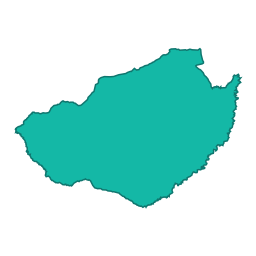 outline of Ulianópolis, Pará, Brazil
{"feature_id": "56859067B65727130507514", "entity_name": "Ulianópolis", "entity_type": "district", "adm_level": 2, "iso_a3": "BRA", "parent_name": "Brazil", "parent_adm1": "Pará", "projection": "albers", "projection_center": [-47.475, -3.802], "detail": "fine", "context": "isolated", "style": "filled", "palette": "teal", "viewbox_px": 256, "rotation_deg": 0, "n_neighbors": 0, "source": "geoboundaries", "source_scale": "gbopen_adm2", "svg_char_len": 5822}
<svg xmlns="http://www.w3.org/2000/svg" viewBox="0 0 256 256"><path d="M169.2,196.6L169.3,195.0L170.0,194.2L172.1,193.1L172.7,192.4L172.0,190.5L172.2,189.3L172.7,188.1L173.9,187.7L174.1,185.3L175.1,184.3L175.3,183.3L177.4,184.1L177.8,185.5L178.4,185.5L178.9,184.5L179.8,184.1L181.0,184.2L181.3,183.4L181.1,182.2L181.7,181.9L182.6,182.5L182.8,180.6L183.9,179.8L184.7,179.9L185.1,179.4L186.2,180.0L186.9,179.8L187.2,179.0L187.0,178.0L188.6,176.9L189.7,176.7L191.9,175.1L192.1,174.0L193.1,172.2L193.9,171.9L194.6,172.4L195.9,172.7L197.1,172.5L197.4,171.4L197.4,169.9L198.6,169.6L200.6,169.8L201.2,169.5L201.5,166.7L202.3,166.5L202.6,167.4L202.2,168.1L202.7,169.0L204.6,168.4L204.7,167.5L203.5,166.8L203.4,166.2L203.6,165.4L204.3,165.0L205.9,165.0L206.5,164.4L206.9,163.3L206.1,162.9L205.8,160.9L206.9,159.5L207.6,160.0L208.6,159.8L209.0,158.8L207.9,157.4L207.7,156.6L208.6,156.2L208.2,155.4L210.5,154.6L211.0,153.8L211.9,153.8L212.6,153.3L213.3,153.3L213.7,151.6L213.4,150.3L213.8,149.4L215.7,150.0L215.8,150.8L216.5,150.4L217.2,149.1L216.9,147.1L216.4,146.6L216.8,145.8L218.0,144.7L219.2,145.0L219.2,145.7L219.8,146.0L220.6,145.2L221.8,145.0L222.9,145.5L223.0,144.6L223.9,143.0L223.8,142.3L224.1,141.5L227.2,140.9L227.8,139.9L228.4,138.1L229.0,137.6L228.2,136.6L228.5,135.8L228.4,134.7L227.5,133.3L228.3,133.0L229.1,133.5L229.6,132.1L230.5,131.4L229.4,130.2L230.2,129.0L230.2,128.4L231.1,128.4L232.3,127.2L232.7,124.8L233.5,123.7L232.5,123.0L232.8,122.4L234.1,121.4L233.6,120.8L234.3,120.5L232.9,119.2L232.3,118.4L233.2,117.7L234.6,115.7L233.9,114.6L234.7,114.2L234.8,113.2L233.3,111.9L233.3,111.2L235.2,109.2L236.0,109.1L235.7,108.0L235.9,107.0L236.5,106.5L235.5,104.8L235.7,102.5L235.0,101.9L235.3,100.6L236.1,99.8L238.1,98.7L238.2,98.0L237.5,98.0L237.0,97.5L236.0,97.9L235.5,97.3L235.1,96.6L236.4,95.4L235.6,94.7L234.4,94.8L234.7,93.8L234.5,93.1L236.2,93.3L237.8,92.0L236.5,90.9L236.9,90.3L236.3,90.0L235.3,90.2L236.4,89.0L236.5,87.9L236.0,87.2L236.6,86.4L237.5,86.1L238.3,84.0L239.6,83.4L239.9,82.5L240.6,82.4L240.1,81.5L238.2,80.6L238.5,79.8L239.4,79.6L240.6,78.0L239.9,78.2L238.7,76.5L238.1,76.6L239.0,75.4L238.3,74.3L236.4,75.5L234.9,75.6L234.3,75.1L233.2,76.5L233.4,77.6L232.6,79.6L231.1,82.0L230.3,82.2L229.1,83.3L228.3,83.3L228.0,84.2L226.6,85.7L225.8,87.5L224.9,87.8L224.0,87.6L222.8,87.9L221.7,87.7L220.7,88.3L220.7,86.8L219.7,87.8L219.0,87.9L218.3,86.6L217.6,86.6L216.9,86.2L216.6,87.2L216.0,87.2L215.3,86.7L213.9,87.1L213.9,87.7L212.6,87.7L212.3,88.5L211.1,86.8L210.8,84.0L208.7,80.9L207.9,79.0L206.2,76.9L204.3,75.3L203.3,72.9L200.9,70.2L199.9,69.5L198.8,69.1L196.2,66.8L195.8,65.8L196.8,65.1L202.1,63.9L203.4,63.1L203.5,62.0L202.6,60.3L201.1,54.4L200.7,49.6L199.9,48.7L197.9,50.1L192.2,49.8L189.9,49.2L186.7,50.3L185.6,49.8L179.6,50.2L178.7,49.3L176.8,49.5L175.7,48.8L171.2,49.0L169.5,49.8L169.4,50.5L169.8,51.1L169.8,51.8L168.8,52.7L168.1,53.8L165.7,54.9L163.8,54.8L162.7,55.2L161.0,56.7L159.7,58.5L156.0,60.2L153.7,62.0L152.3,62.4L151.9,63.0L149.5,63.9L147.9,65.1L145.0,65.7L142.5,67.1L140.2,67.8L139.0,69.6L136.5,70.0L134.4,68.4L131.3,71.5L130.6,71.3L127.4,72.5L125.9,73.5L118.6,74.8L113.7,76.5L109.9,76.8L104.4,76.6L101.1,77.6L99.2,78.8L98.5,80.0L98.4,82.8L97.5,83.7L95.6,84.6L94.0,91.4L93.3,92.1L92.4,92.4L90.7,94.8L88.1,97.4L87.7,99.1L87.1,99.9L81.5,104.9L80.5,105.4L78.3,105.6L76.0,103.9L75.6,103.4L73.7,102.9L73.1,102.2L70.4,102.2L69.6,102.6L67.7,101.6L66.6,101.7L65.9,102.1L64.8,101.6L63.5,101.5L63.1,100.9L62.3,101.2L60.5,102.7L60.2,103.5L59.0,104.4L57.5,104.4L57.1,105.0L54.0,105.5L51.0,108.3L50.3,110.1L49.0,112.3L47.7,112.8L45.4,113.1L43.1,112.8L40.8,113.7L39.7,113.6L38.3,112.9L35.1,113.0L34.1,112.2L32.5,112.3L32.0,112.9L32.1,113.6L31.4,113.6L30.3,114.8L29.0,115.6L28.9,116.6L26.7,118.7L26.5,119.5L25.6,119.7L24.4,120.6L23.6,121.8L23.6,124.2L22.9,124.7L21.5,125.1L20.8,126.0L20.1,126.0L19.5,126.5L18.4,126.6L16.5,127.9L16.3,128.9L15.7,128.7L15.4,129.4L16.1,130.6L15.7,132.3L16.6,131.8L17.2,132.2L16.9,133.0L17.6,133.3L18.1,132.8L20.7,134.2L20.2,134.8L20.9,135.2L21.4,136.6L22.6,137.0L23.5,137.8L23.0,138.3L24.8,140.3L25.3,141.6L25.2,142.3L25.8,142.7L26.0,143.4L25.8,144.0L26.3,144.6L26.1,146.5L27.2,147.3L27.2,150.4L26.6,150.8L26.4,151.5L26.8,152.0L28.1,151.5L28.3,152.2L27.8,152.6L27.9,154.2L28.6,154.6L30.3,154.3L29.9,155.6L30.3,156.1L31.3,158.4L32.6,159.0L32.8,160.3L34.6,161.4L36.7,161.5L37.4,162.9L38.7,163.1L39.1,163.7L38.9,164.5L41.8,165.5L41.8,166.2L42.5,166.5L43.6,168.4L44.3,168.5L44.1,169.2L45.5,169.5L45.4,170.8L46.6,171.5L45.7,173.0L46.0,174.2L45.5,174.6L45.4,175.4L46.2,176.7L48.4,176.1L50.1,177.5L50.5,178.9L51.9,180.5L52.6,180.4L54.6,182.0L55.5,182.3L55.9,182.8L56.7,182.6L58.0,183.0L59.3,182.4L60.4,182.9L62.9,184.7L64.7,184.8L65.1,184.2L65.8,184.2L66.1,184.9L66.9,185.4L67.4,185.0L68.2,185.1L68.8,185.6L69.7,185.8L71.0,185.3L71.4,185.9L72.1,185.5L73.9,183.2L77.6,181.0L79.1,181.6L80.1,180.6L81.7,180.6L83.6,179.6L84.6,179.6L85.3,178.9L86.4,179.6L88.4,180.2L88.9,179.7L90.5,180.8L92.8,185.4L94.7,187.8L98.0,188.8L98.7,188.5L100.1,188.7L100.9,188.6L102.4,189.8L106.2,190.0L107.9,190.9L111.2,191.2L112.7,191.9L113.6,191.7L119.4,193.2L119.6,193.8L122.7,196.2L124.2,196.5L124.6,197.4L125.3,197.5L126.1,198.7L127.2,198.6L128.2,199.0L128.7,199.6L130.0,200.2L130.5,200.7L131.1,200.5L131.7,201.1L132.4,201.3L133.6,203.4L134.7,203.5L135.3,204.1L136.1,204.1L136.8,204.5L137.0,205.2L137.9,205.2L138.5,205.8L140.6,206.3L141.3,206.1L142.9,207.3L144.8,206.1L145.6,206.5L146.0,207.2L146.4,206.4L148.3,204.9L148.9,205.1L151.2,204.7L151.4,203.7L152.3,204.0L153.3,203.9L153.3,203.0L153.9,202.4L154.9,202.2L155.0,201.3L157.7,200.6L157.3,199.6L157.9,199.1L158.4,200.0L159.3,199.5L159.6,198.9L160.3,199.3L160.9,198.6L160.4,197.8L160.6,197.2L162.1,197.6L163.6,197.1L166.0,197.1L166.4,197.8L167.3,197.4L167.5,196.6L168.1,196.0L169.2,196.6Z" fill="#14b8a6" stroke="#0f766e" stroke-width="1.5"/></svg>